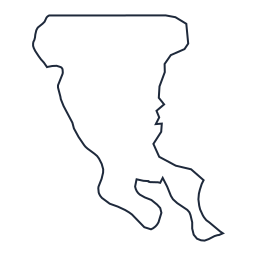 Alexander, Illinois, United States of America
{"feature_id": "52423323B19456558082814", "entity_name": "Alexander", "entity_type": "district", "adm_level": 2, "iso_a3": "USA", "parent_name": "United States of America", "parent_adm1": "Illinois", "projection": "albers", "projection_center": [-89.326, 37.153], "detail": "fine", "context": "isolated", "style": "outline", "palette": "slate", "viewbox_px": 256, "rotation_deg": 0, "n_neighbors": 0, "source": "geoboundaries", "source_scale": "gbopen_adm2", "svg_char_len": 1667}
<svg xmlns="http://www.w3.org/2000/svg" viewBox="0 0 256 256"><path d="M134.2,216.8L144.3,227.2L151.0,229.3L153.2,228.2L155.5,226.4L157.1,224.6L158.5,222.3L161.4,212.8L160.2,208.0L157.1,204.6L151.4,200.0L144.8,197.4L139.8,194.6L138.1,193.0L136.8,191.2L135.8,189.1L135.1,186.6L136.4,180.1L136.6,179.3L143.4,180.8L148.5,181.1L148.6,181.7L150.1,182.1L158.0,182.3L160.2,182.8L162.7,177.9L167.2,186.7L170.9,195.9L173.0,199.3L177.2,203.1L187.3,209.9L189.4,212.3L190.5,215.1L192.2,222.3L192.2,228.6L193.7,234.7L197.0,238.7L201.0,240.3L204.6,240.6L208.7,239.1L214.5,236.1L217.4,235.2L219.0,235.0L222.9,233.3L220.2,231.5L209.2,222.3L206.3,220.2L204.0,217.3L202.8,215.3L200.1,209.4L199.2,205.7L198.4,199.3L198.9,193.7L199.9,189.6L201.7,184.0L203.6,180.2L191.1,169.3L175.8,165.7L159.2,156.8L153.4,143.9L161.2,131.8L161.8,123.6L155.8,124.1L159.2,117.4L156.5,110.8L164.1,104.4L158.8,97.8L159.5,86.4L164.8,72.1L164.6,64.0L170.8,55.1L184.5,49.1L188.2,43.6L186.3,23.8L175.4,17.2L165.7,15.4L49.1,15.5L47.6,16.4L47.4,16.6L46.5,17.6L44.6,21.7L42.6,23.7L38.1,27.3L37.4,28.2L36.3,30.3L35.3,34.6L35.0,37.4L34.4,39.8L33.4,41.9L33.1,43.5L33.1,45.9L33.8,48.1L35.3,51.1L38.8,56.4L41.0,59.4L43.9,62.6L47.0,67.1L47.6,66.9L52.3,66.0L56.6,65.8L60.4,67.0L61.4,67.5L62.3,68.7L62.6,69.7L62.8,72.5L62.6,73.8L58.0,85.3L58.0,87.5L60.4,96.7L60.8,99.1L63.6,106.1L72.4,122.7L73.9,128.4L78.6,137.0L84.1,145.1L85.4,146.7L87.5,148.6L94.4,153.7L97.1,156.0L99.0,158.6L101.7,163.9L103.2,169.3L103.1,172.6L101.6,178.8L98.5,186.7L98.3,188.3L98.7,192.5L99.1,193.7L100.2,195.8L101.9,197.9L109.7,203.7L117.8,206.6L125.1,210.0L129.1,212.4L132.0,214.5L134.2,216.8Z" fill="none" stroke="#1e293b" stroke-width="2"/></svg>